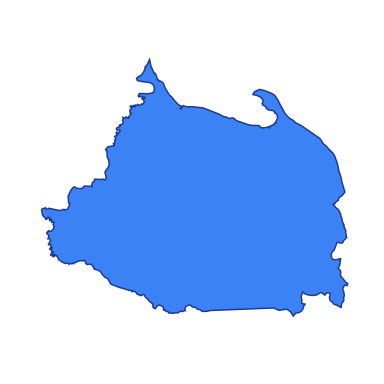 Tubará, Atlántico, Colombia (orthographic projection), rotated 82°
{"feature_id": "7082276B89966786375861", "entity_name": "Tubará", "entity_type": "district", "adm_level": 2, "iso_a3": "COL", "parent_name": "Colombia", "parent_adm1": "Atlántico", "projection": "orthographic", "projection_center": [-75.005, 10.899], "detail": "fine", "context": "isolated", "style": "filled", "palette": "blue", "viewbox_px": 384, "rotation_deg": 82, "n_neighbors": 0, "source": "geoboundaries", "source_scale": "gbopen_adm2", "svg_char_len": 5985}
<svg xmlns="http://www.w3.org/2000/svg" viewBox="0 0 384 384"><g transform="rotate(82 192 192)"><path d="M282.4,265.3L282.1,263.3L283.7,261.3L285.7,260.4L286.3,258.8L286.9,258.5L287.4,257.5L287.4,256.0L286.6,254.8L286.8,253.8L289.9,252.6L291.5,251.1L293.7,249.9L297.3,246.6L298.3,246.3L300.0,246.7L301.3,246.4L302.5,244.6L299.8,242.1L299.3,240.2L301.5,236.6L304.9,236.5L305.8,235.6L304.9,236.1L304.6,235.7L306.6,234.2L307.8,231.5L308.6,231.8L308.9,231.2L308.7,230.0L309.3,228.6L309.5,227.0L309.2,224.6L309.8,223.3L308.5,220.0L309.0,217.9L308.5,216.5L308.6,215.2L308.0,215.4L305.1,214.7L304.0,212.8L303.5,210.0L303.7,209.4L305.9,207.6L306.5,205.0L309.2,202.5L309.6,200.4L311.4,198.9L311.7,198.2L312.2,193.6L311.9,190.6L318.2,127.3L321.3,122.2L321.2,114.5L324.3,111.1L329.0,109.0L326.3,106.0L326.4,103.7L325.5,100.7L323.9,98.8L320.1,97.0L318.8,95.6L317.5,99.0L314.8,98.3L310.7,98.4L309.4,97.9L306.5,96.0L308.3,94.5L309.8,92.1L311.2,87.3L311.3,82.7L309.5,78.8L309.9,77.5L312.6,74.8L311.4,73.8L310.9,72.8L310.7,71.3L311.2,70.1L311.8,69.1L315.3,70.6L318.8,70.3L320.7,68.4L323.0,66.9L324.5,63.9L327.1,60.5L323.0,59.2L321.5,57.4L320.3,56.7L317.3,56.5L316.4,55.8L315.2,55.6L311.9,55.6L309.6,56.3L308.3,55.9L305.8,54.2L305.6,53.0L306.3,51.5L304.4,50.5L303.0,52.1L295.4,56.7L292.8,55.9L291.3,55.8L289.8,56.3L288.2,57.7L287.5,57.7L284.8,55.8L278.6,54.1L279.2,59.5L278.2,61.9L277.5,62.5L276.3,62.8L272.7,62.8L270.7,61.2L269.4,59.4L263.1,55.9L262.0,54.8L263.3,51.9L263.3,50.1L262.7,49.4L261.7,49.2L258.7,45.2L252.9,45.5L251.6,45.1L246.5,46.6L246.2,46.0L241.5,47.3L238.3,47.3L236.7,48.0L235.1,47.8L232.4,48.5L229.6,49.6L227.5,51.8L224.1,53.5L223.6,54.7L223.5,52.6L222.6,51.2L221.7,50.8L220.9,48.8L220.4,48.1L218.9,47.8L217.9,46.9L216.5,43.9L213.3,40.6L202.7,42.2L198.2,42.4L192.0,43.6L186.1,43.9L182.0,44.5L175.7,45.8L172.9,47.2L167.8,51.1L165.3,52.6L162.9,55.0L158.2,57.1L155.9,58.8L141.0,75.1L138.2,79.3L134.6,82.4L133.1,84.7L130.9,86.5L127.5,88.8L114.3,93.8L113.1,94.0L107.7,96.7L105.4,99.5L101.5,106.4L99.8,110.8L101.3,115.8L102.6,117.3L104.0,118.1L105.2,114.7L107.3,111.2L110.2,109.2L112.0,108.9L114.1,110.2L115.6,110.0L117.6,107.1L118.8,107.1L119.8,106.6L120.3,105.5L121.2,105.2L122.9,100.0L123.8,99.3L125.1,99.2L126.4,97.5L128.2,96.8L130.7,97.1L134.3,99.2L135.2,99.1L134.8,99.8L136.4,101.8L137.0,101.9L136.8,102.7L137.8,105.6L139.0,106.1L138.0,106.6L138.5,110.2L138.4,113.1L137.6,114.9L135.4,116.6L134.5,122.9L133.1,127.1L127.3,138.4L124.8,140.1L124.2,142.0L124.4,144.9L122.8,147.2L121.8,150.1L118.5,154.6L110.3,169.3L108.0,178.1L106.6,186.3L105.2,188.5L108.7,191.9L107.6,191.4L107.9,192.0L107.6,192.2L106.7,190.9L107.4,191.0L106.6,190.1L105.8,190.0L104.7,192.1L103.4,193.5L98.3,197.1L95.3,198.7L92.5,201.1L84.7,204.3L80.9,205.0L79.7,205.6L77.9,207.5L77.7,208.8L77.3,209.0L77.4,209.4L76.1,209.9L76.0,210.5L74.6,210.5L74.2,210.8L69.6,211.7L69.1,212.3L69.4,212.9L63.0,214.7L62.9,215.0L55.0,215.6L59.9,218.9L61.5,220.9L62.0,221.2L62.4,220.8L66.5,223.3L69.4,226.2L70.6,229.7L71.8,231.1L74.0,230.6L75.6,226.4L77.9,218.2L79.7,216.0L81.7,215.0L84.3,214.9L86.5,215.4L88.1,216.6L88.5,219.0L88.6,221.8L87.2,229.6L87.4,230.6L87.9,231.1L88.3,230.7L89.2,231.8L90.3,231.7L90.4,228.6L91.8,225.1L92.7,225.7L92.3,228.5L93.0,228.4L94.5,226.9L96.5,226.9L97.9,227.8L98.1,228.5L97.7,229.5L99.0,231.4L98.6,232.5L97.7,233.4L98.5,234.1L98.1,235.7L99.7,236.5L99.5,237.4L98.2,237.3L98.0,237.5L98.9,239.0L98.2,240.4L98.4,241.2L99.4,241.2L99.6,240.7L99.3,240.1L99.9,239.8L101.5,240.9L102.1,242.0L103.0,242.3L103.8,242.3L105.5,241.4L105.6,242.2L106.4,241.8L107.0,242.0L108.7,244.5L109.5,244.3L110.2,244.8L108.5,246.8L108.7,247.3L109.4,247.4L109.6,247.9L108.5,250.0L110.0,250.0L111.4,250.9L112.9,250.4L114.3,250.5L115.1,251.7L115.6,254.4L115.9,254.7L116.9,254.0L118.1,257.5L118.8,258.1L120.4,257.5L120.1,255.4L120.8,254.7L122.2,255.1L122.7,255.9L122.7,257.4L122.2,258.4L123.5,258.9L124.3,258.4L124.3,257.3L125.6,258.6L125.9,260.4L126.5,261.0L127.6,259.9L128.2,259.8L129.4,261.1L132.9,261.7L133.0,263.1L134.6,263.0L134.6,262.6L135.0,262.3L135.4,263.6L135.6,269.1L138.0,271.7L139.8,270.6L146.1,271.1L148.5,270.1L153.2,270.1L156.3,271.8L158.6,274.3L160.5,275.5L166.2,274.8L167.9,276.3L167.8,277.1L166.9,277.8L166.9,280.0L165.8,286.9L167.5,287.0L168.4,288.9L169.2,289.5L171.2,290.3L172.5,290.2L171.2,297.3L171.5,298.4L172.9,299.9L173.2,301.5L172.3,305.5L170.5,307.8L171.1,309.2L173.4,311.7L178.9,315.2L185.9,315.7L186.7,314.6L189.2,315.9L192.0,318.1L191.8,319.5L192.1,320.6L191.3,321.2L191.9,324.6L191.8,326.1L188.2,336.0L189.0,337.3L188.9,338.2L187.2,339.2L187.6,340.1L187.6,342.1L188.3,343.1L188.9,343.4L194.3,343.2L196.0,342.1L196.4,341.4L198.6,340.7L198.8,340.3L197.8,339.6L198.3,339.0L198.3,338.5L197.1,338.1L197.3,336.7L198.0,336.4L199.1,337.0L200.6,336.9L200.4,335.4L199.6,335.5L199.5,335.0L200.3,334.8L202.6,335.3L202.4,334.0L202.8,332.7L204.7,334.0L205.6,333.9L206.7,333.3L208.1,334.0L209.1,334.1L211.2,336.9L211.2,338.1L210.4,339.6L211.2,340.1L211.8,341.4L213.0,341.4L215.0,340.0L217.5,340.4L218.2,341.2L218.7,339.3L220.7,338.9L221.6,340.0L222.9,340.5L223.9,341.5L224.3,341.2L223.8,341.0L224.4,339.2L227.2,339.4L227.8,338.9L227.4,338.6L227.8,338.2L228.4,338.8L228.2,339.7L227.6,339.9L228.8,340.9L229.1,340.6L229.0,339.0L230.3,339.5L231.5,339.1L232.1,337.8L232.7,338.1L233.3,338.0L233.4,338.5L232.5,339.1L232.8,339.7L233.6,339.9L234.4,340.7L235.1,340.6L235.6,339.6L235.7,337.9L236.6,338.5L236.8,338.4L236.0,336.8L235.0,337.4L235.2,335.9L236.5,335.4L236.5,334.6L240.6,333.4L241.4,332.2L243.2,330.6L243.6,329.5L244.1,329.3L245.3,326.9L245.0,325.0L245.4,324.4L246.5,323.9L245.8,323.2L246.4,320.9L246.0,320.0L246.4,319.2L245.7,319.1L245.7,317.2L244.5,314.1L244.7,312.7L244.4,311.5L245.1,309.8L244.5,308.2L245.1,307.7L246.4,307.6L249.0,306.4L249.2,303.7L250.1,301.3L250.9,300.7L251.9,300.6L252.4,300.1L255.0,299.4L255.8,296.8L257.8,294.0L262.0,291.8L264.7,289.7L265.3,288.2L266.3,287.4L272.1,285.1L276.8,276.5L277.3,274.8L280.7,267.9L281.3,265.1L282.4,265.3Z" fill="#3b82f6" stroke="#1e3a8a" stroke-width="1.5"/></g></svg>